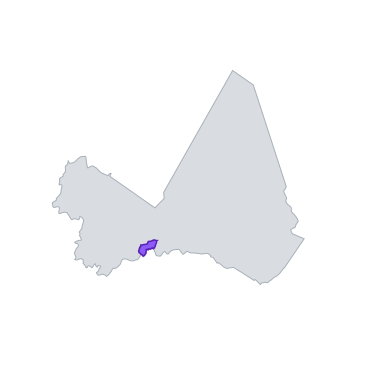 Tominian, Ségou, Mali shown in context, rotated 35°
{"feature_id": "8926073B14979931376640", "entity_name": "Tominian", "entity_type": "district", "adm_level": 2, "iso_a3": "MLI", "parent_name": "Mali", "parent_adm1": "Ségou", "projection": "robinson", "projection_center": [-4.333, 13.322], "detail": "fine", "context": "in_parent", "style": "filled", "palette": "violet", "viewbox_px": 384, "rotation_deg": 35, "n_neighbors": 0, "source": "geoboundaries", "source_scale": "gbopen_adm2", "svg_char_len": 5947}
<svg xmlns="http://www.w3.org/2000/svg" viewBox="0 0 384 384"><g transform="rotate(35 192 192)"><path d="M85.4,277.4L85.5,276.2L84.6,275.3L84.5,274.9L85.1,271.3L85.0,270.3L85.4,268.5L84.8,267.7L84.7,267.1L83.2,264.7L82.7,262.8L82.0,261.4L80.2,261.0L79.5,262.1L79.1,262.3L78.4,261.5L78.2,260.8L78.2,260.2L75.9,257.1L76.1,255.4L76.9,254.5L77.3,253.1L76.4,251.4L76.6,249.8L76.5,247.6L75.1,245.7L74.3,244.8L73.5,243.4L74.1,240.3L72.8,237.6L75.3,238.7L76.5,237.7L77.7,236.4L78.7,234.6L79.2,232.3L79.4,230.4L80.4,227.4L81.6,226.0L84.2,224.0L84.8,224.1L88.9,228.6L91.2,230.8L92.1,232.0L92.9,232.0L94.0,229.8L95.3,228.0L95.8,227.5L99.9,227.2L102.0,227.6L104.0,228.1L106.7,228.3L113.8,226.9L113.9,226.0L113.8,225.0L114.1,224.2L114.7,223.4L115.2,223.3L115.5,225.8L116.1,226.2L117.7,226.3L170.7,226.3L172.9,213.3L169.0,208.5L155.6,69.2L180.8,69.2L185.1,72.4L266.2,133.6L266.6,135.6L266.5,138.3L267.1,139.1L268.3,140.0L272.9,142.6L273.3,143.1L273.4,144.2L274.0,145.6L275.0,146.3L276.1,146.9L277.5,147.3L281.7,147.7L282.6,148.3L284.4,150.8L285.4,151.2L291.0,152.5L292.8,153.2L294.8,154.3L295.9,155.3L295.9,159.1L296.7,161.6L296.7,162.2L295.8,163.2L295.6,163.9L294.6,165.9L294.8,166.6L296.8,168.1L297.7,168.5L298.8,168.5L310.7,166.0L311.2,201.5L310.8,202.0L310.5,208.3L309.7,212.0L308.2,214.8L307.3,218.8L306.7,219.7L306.3,222.0L305.4,223.3L303.9,223.9L301.2,226.5L301.0,228.6L294.6,227.4L294.1,227.5L293.8,227.7L293.7,228.8L277.2,229.5L269.1,230.0L264.1,234.8L260.8,235.2L256.6,234.8L254.5,234.8L253.7,235.1L253.5,235.9L247.0,233.5L244.5,234.3L244.1,234.0L243.8,233.5L242.6,233.2L240.7,233.3L239.4,233.7L235.2,237.5L233.0,238.4L228.8,240.7L225.9,242.6L224.8,243.0L223.2,243.1L221.9,243.5L220.7,247.8L219.8,248.2L214.9,246.5L213.9,246.7L213.0,247.3L210.2,249.8L208.8,251.8L208.1,254.5L208.2,256.3L207.7,256.8L206.5,257.0L204.2,256.4L203.4,256.7L203.1,258.0L203.2,260.9L202.7,262.9L201.3,263.5L200.2,264.3L199.4,264.5L198.7,264.3L194.7,261.4L193.3,260.9L191.8,261.2L190.4,262.5L187.8,265.6L188.1,266.7L188.8,268.0L189.3,269.5L189.3,271.0L185.6,273.0L186.4,274.5L186.3,278.5L184.6,280.3L184.0,281.5L182.4,282.8L181.0,283.6L176.5,284.6L174.7,285.9L173.9,286.9L173.7,288.0L173.8,289.3L174.7,292.0L174.4,294.4L173.7,297.2L173.0,298.5L170.9,299.9L171.2,301.8L171.4,304.4L171.1,307.8L170.4,310.1L169.9,309.9L167.9,310.0L165.8,310.7L165.0,311.3L164.8,312.1L163.0,313.9L161.8,313.8L160.6,313.3L160.0,312.8L160.0,312.5L160.7,311.0L160.7,310.5L160.0,307.9L160.2,307.3L159.9,305.3L159.7,305.2L157.3,306.0L157.2,306.4L157.6,307.7L157.3,307.9L156.5,307.9L155.3,307.5L154.0,306.3L153.7,306.7L153.5,307.6L153.4,308.7L153.8,310.7L153.4,311.4L151.4,311.3L149.7,311.5L149.3,312.2L149.1,313.0L149.5,313.9L149.4,314.2L148.7,314.8L148.4,314.8L147.4,313.8L143.7,312.9L143.4,311.5L142.9,311.5L141.7,309.9L141.2,309.9L140.8,310.2L139.4,310.1L138.1,311.5L137.1,313.2L136.1,314.1L134.6,314.5L134.8,313.4L134.3,311.8L131.1,309.9L130.6,309.1L129.7,304.8L129.8,303.5L130.0,302.3L129.9,301.5L129.6,300.8L128.6,300.1L127.6,299.8L126.3,300.7L125.7,300.8L125.1,300.8L124.8,300.5L124.8,300.0L126.2,297.7L126.9,296.7L128.3,295.6L128.7,295.0L128.7,294.6L128.6,294.2L127.7,293.8L126.2,292.7L125.5,292.6L124.8,292.1L124.2,290.4L123.9,290.1L123.2,289.9L122.6,289.5L122.7,285.4L121.3,282.3L120.1,278.4L119.4,277.4L118.3,276.6L116.9,276.1L115.7,276.0L114.3,276.4L114.3,276.8L115.1,278.0L115.2,278.7L115.1,279.4L114.8,279.9L113.0,280.3L110.5,281.7L109.7,283.4L109.1,283.6L108.1,283.4L101.5,280.6L98.8,281.8L97.0,284.2L96.5,285.1L95.7,285.7L95.2,285.8L94.7,285.3L92.8,281.6L92.0,280.7L91.0,280.7L90.1,281.3L89.1,282.5L88.0,283.7L87.2,284.0L86.6,283.8L83.9,281.3L83.7,280.8L85.0,277.8L85.4,277.4Z" fill="#d9dde1" stroke="#a8b0b8" stroke-width="1"/><path d="M191.2,251.9L190.9,252.1L190.1,252.3L188.6,253.0L188.2,253.1L188.1,253.3L188.2,253.6L187.9,253.7L187.8,253.8L187.8,254.1L187.5,254.3L187.3,254.5L187.1,254.8L187.1,255.1L186.6,255.9L186.1,256.3L185.9,256.6L185.6,256.7L185.4,256.9L184.6,257.5L184.7,258.3L184.8,259.0L185.0,259.1L185.3,259.6L184.9,260.1L184.9,260.3L184.9,260.5L184.9,260.8L184.1,261.4L183.7,261.8L183.3,262.2L183.0,262.3L182.8,262.6L182.6,262.7L182.0,263.5L180.9,264.5L180.6,264.7L180.7,264.8L180.7,265.0L180.9,265.0L180.9,265.4L181.0,265.4L181.2,265.7L181.2,266.1L181.1,266.3L181.2,266.5L181.2,266.8L181.1,267.0L181.0,266.9L181.0,267.1L181.0,267.3L181.0,267.5L181.1,267.8L181.3,267.9L181.3,268.2L181.4,268.3L181.4,268.7L181.5,268.8L181.6,269.2L181.6,269.3L181.7,269.5L181.8,269.7L181.8,269.8L181.8,270.0L181.9,270.3L182.0,270.5L182.0,270.8L182.2,271.0L182.3,271.0L182.6,270.9L182.8,271.4L183.0,271.8L183.3,272.0L183.5,272.1L183.9,272.0L184.2,271.9L184.7,272.0L185.6,272.2L185.8,272.2L186.0,272.3L186.1,272.2L186.2,272.3L186.3,272.3L186.5,272.3L186.7,272.2L186.8,272.2L187.0,272.1L187.3,271.9L187.5,271.9L187.6,272.0L187.8,272.2L187.8,272.3L188.0,272.4L188.1,272.5L188.3,272.4L188.5,272.4L188.7,272.5L188.7,272.4L188.8,272.4L189.0,272.2L189.2,271.9L189.2,271.7L189.3,271.5L189.4,271.4L189.4,270.9L189.5,270.7L189.3,270.0L189.3,269.9L189.3,269.7L189.4,269.1L189.4,268.5L189.4,268.3L189.4,268.2L189.1,268.0L188.7,267.8L188.7,267.7L188.6,267.4L188.6,267.2L188.4,266.8L188.2,266.5L188.1,266.4L188.0,266.2L187.9,266.1L187.7,265.9L187.5,265.7L187.6,265.4L187.6,265.2L187.8,265.1L188.0,264.9L188.1,264.7L188.3,264.6L188.5,264.5L188.9,264.6L189.0,264.7L189.3,264.6L189.3,264.4L189.2,264.3L189.1,264.1L189.0,263.9L188.8,263.8L188.8,263.7L189.0,263.6L189.3,263.5L189.4,263.4L189.5,263.2L189.9,263.1L190.1,263.1L190.2,262.9L190.3,262.9L190.5,262.8L190.6,262.7L190.7,262.4L190.8,262.4L190.9,262.2L191.0,262.1L191.0,261.9L191.1,261.7L191.1,261.3L191.1,261.2L191.3,261.0L191.5,260.9L191.8,260.9L192.0,260.7L192.3,260.5L192.3,260.4L192.5,260.4L192.8,260.4L192.8,260.2L192.9,259.9L193.0,259.9L193.1,259.7L192.9,259.7L192.9,259.8L192.8,259.7L193.0,259.6L193.0,259.4L193.1,257.7L192.4,256.0L191.9,253.7L191.2,252.7L191.1,252.3L191.2,251.9Z" fill="#8b5cf6" stroke="#5b21b6" stroke-width="1.5"/></g></svg>